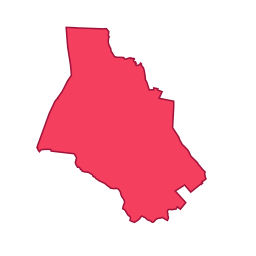 outline of Bodesti, Neamt, Romania, rotated 198°
{"feature_id": "2599482B65662709621675", "entity_name": "Bodesti", "entity_type": "district", "adm_level": 2, "iso_a3": "ROU", "parent_name": "Romania", "parent_adm1": "Neamt", "projection": "natural_earth1", "projection_center": [26.436, 47.042], "detail": "fine", "context": "isolated", "style": "filled", "palette": "rose", "viewbox_px": 256, "rotation_deg": 198, "n_neighbors": 0, "source": "geoboundaries", "source_scale": "gbopen_adm2", "svg_char_len": 3581}
<svg xmlns="http://www.w3.org/2000/svg" viewBox="0 0 256 256"><g transform="rotate(198 128 128)"><path d="M210.5,206.7L217.9,204.6L210.4,186.4L202.3,170.5L198.1,160.7L198.8,158.3L199.0,157.4L199.8,155.0L199.7,154.7L200.0,154.4L200.0,153.9L200.1,153.7L201.2,146.4L201.5,144.7L201.8,143.0L201.9,142.5L202.0,142.1L201.9,141.9L202.5,140.4L203.3,137.8L203.9,136.0L204.3,135.2L204.2,134.8L203.9,134.4L204.4,133.5L204.7,133.5L205.0,132.6L205.3,131.8L205.5,131.5L205.9,129.6L205.9,129.3L207.4,117.3L208.6,81.5L208.5,81.2L208.0,81.3L208.0,81.1L207.7,80.8L207.5,80.2L206.8,79.7L206.4,79.0L206.3,78.9L204.8,78.1L204.6,78.9L204.5,79.4L203.7,80.5L202.9,81.0L202.3,81.2L199.1,82.5L195.1,83.7L194.4,83.0L193.9,82.3L171.2,86.9L170.8,86.6L169.8,85.6L169.2,85.2L168.0,84.0L167.5,82.7L167.7,81.8L167.3,81.0L167.5,80.7L167.4,80.1L167.5,78.8L167.1,78.5L166.7,77.9L166.2,77.1L165.3,76.4L164.6,75.7L163.9,75.1L163.4,75.2L162.5,75.5L161.6,75.1L160.8,74.8L160.4,73.9L159.1,73.7L158.1,72.7L157.4,72.9L155.9,72.8L154.5,73.1L152.3,73.5L150.9,73.5L150.1,73.1L148.8,72.9L147.3,72.5L146.8,72.0L146.2,71.1L145.6,71.0L144.1,71.0L142.7,69.9L141.0,69.6L140.4,69.3L139.1,68.9L138.7,68.8L137.8,68.8L135.4,68.4L133.7,68.2L132.1,67.8L130.3,67.0L128.8,66.5L127.1,66.0L126.7,65.7L126.2,65.4L125.5,65.5L124.0,65.7L122.5,66.0L120.8,66.7L120.7,67.0L119.4,67.0L118.8,67.0L118.6,66.9L117.0,66.1L115.6,64.9L113.8,62.0L112.6,60.7L110.8,59.4L110.4,59.1L108.9,57.5L108.5,56.6L108.3,56.3L108.4,52.4L108.1,49.6L107.8,49.4L107.5,49.4L106.7,49.4L104.9,48.7L104.8,48.4L102.7,46.5L100.9,45.1L100.5,44.7L100.2,44.7L99.6,44.9L99.2,44.7L98.8,44.3L97.9,43.4L97.5,40.6L92.8,40.2L92.7,40.2L92.0,41.0L91.1,42.2L90.3,42.9L88.8,45.6L88.3,47.4L87.7,48.5L85.4,48.2L84.1,48.1L81.3,46.8L79.1,46.6L77.4,46.6L76.7,46.0L75.1,46.0L73.9,47.7L73.5,49.4L72.1,50.7L71.4,51.4L70.8,51.8L69.8,52.1L69.3,52.4L68.9,52.6L67.9,53.5L62.0,52.2L61.8,53.2L61.8,55.4L62.4,56.2L62.9,56.8L63.1,57.1L63.4,58.1L63.5,58.8L64.0,59.3L64.9,61.1L64.7,62.1L64.5,62.9L62.3,63.7L61.4,63.7L57.2,65.8L56.7,68.3L53.1,66.9L50.0,74.9L63.6,82.7L56.5,91.3L48.5,86.4L41.5,97.1L41.0,96.9L40.0,98.7L41.1,99.4L38.8,102.6L38.1,103.6L39.6,105.7L41.1,108.5L40.9,109.6L41.7,110.5L42.5,110.7L45.2,112.2L50.3,115.5L51.4,116.6L59.6,120.7L62.8,124.2L64.7,125.7L67.4,127.2L68.8,127.9L71.3,129.1L74.9,132.4L76.8,134.9L85.7,142.1L91.1,162.4L92.8,167.6L107.6,165.9L106.8,173.1L108.0,173.1L111.3,173.2L111.7,174.6L115.9,174.1L115.8,173.7L115.6,173.1L115.4,172.7L115.3,172.3L115.6,172.2L119.6,170.8L119.7,171.1L119.9,171.3L120.0,171.4L120.1,171.6L120.5,172.1L122.0,174.2L123.4,176.2L124.8,178.0L126.4,179.3L127.6,182.3L130.2,187.4L131.9,189.9L133.4,191.0L134.1,191.3L134.7,191.7L135.0,193.2L135.6,193.4L136.2,193.6L136.4,192.5L136.7,191.9L137.4,191.1L139.3,190.1L140.0,190.5L140.2,190.8L140.2,191.3L140.1,191.6L140.1,191.9L140.3,192.0L141.0,192.0L141.1,193.0L141.3,193.1L141.5,193.2L141.9,193.0L142.0,192.9L142.3,192.8L142.5,192.8L142.8,193.0L143.1,193.3L143.3,193.6L143.8,194.3L144.0,194.5L143.9,194.9L143.6,195.2L143.2,195.4L143.4,195.8L143.7,195.9L143.9,195.8L144.2,195.9L144.4,195.9L144.8,195.7L145.1,195.5L145.5,195.5L146.1,195.5L146.5,195.6L146.7,195.2L146.9,195.0L147.2,194.9L147.5,195.1L147.8,195.4L152.1,192.4L152.9,193.0L153.5,193.4L153.9,193.7L155.5,193.3L160.3,191.9L160.9,191.8L161.4,191.6L161.8,191.6L162.0,191.8L162.8,191.6L163.5,192.3L164.8,193.3L165.5,193.9L167.9,196.0L169.1,198.3L170.8,199.9L172.7,202.4L173.7,204.7L174.3,208.2L174.0,209.0L175.3,209.6L176.0,213.7L179.2,215.8L182.3,214.6L184.1,214.1L207.2,207.5L210.5,206.7Z" fill="#f43f5e" stroke="#9f1239" stroke-width="1.5"/></g></svg>